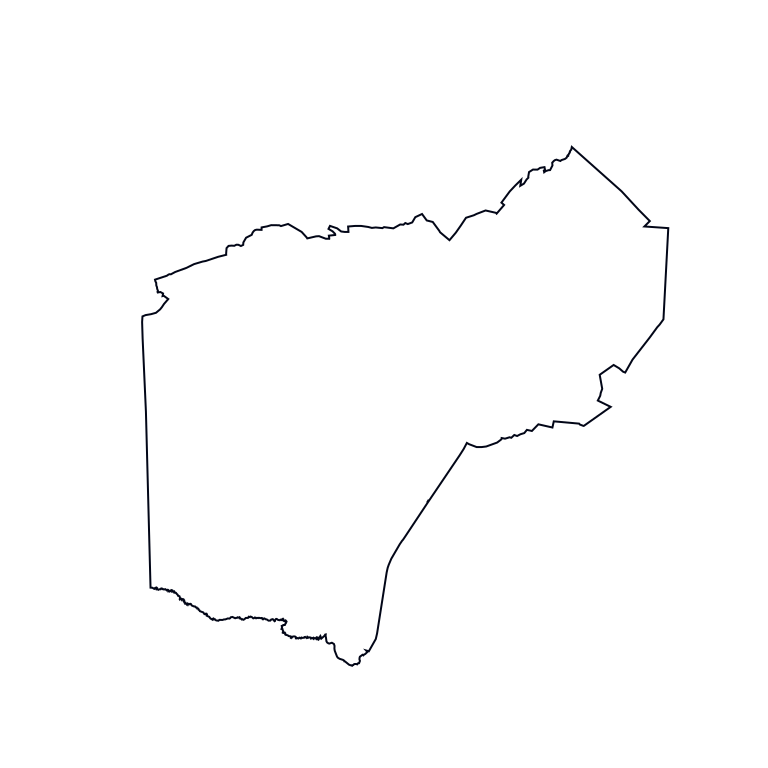 Ādažu pag., Ādaži, Latvia (Albers equal-area conic projection), rotated 196°
{"feature_id": "27541924B55238306547203", "entity_name": "Ādažu pag.", "entity_type": "district", "adm_level": 2, "iso_a3": "LVA", "parent_name": "Latvia", "parent_adm1": "Ādaži", "projection": "albers", "projection_center": [24.403, 57.108], "detail": "fine", "context": "isolated", "style": "outline", "palette": "ink", "viewbox_px": 768, "rotation_deg": 196, "n_neighbors": 0, "source": "geoboundaries", "source_scale": "gbopen_adm2", "svg_char_len": 6142}
<svg xmlns="http://www.w3.org/2000/svg" viewBox="0 0 768 768"><g transform="rotate(196 384 384)"><path d="M634.8,382.4L633.6,376.9L628.6,361.3L605.2,291.7L552.3,123.9L550.5,124.3L548.3,123.7L547.8,124.0L547.8,124.9L546.6,125.7L545.9,125.3L546.1,124.4L545.9,123.9L545.1,124.2L544.1,124.0L543.5,124.7L542.4,125.0L541.8,126.1L541.0,126.2L540.5,125.7L539.9,126.0L538.8,125.8L537.8,126.5L535.6,125.6L535.4,125.7L535.4,126.5L534.8,126.6L534.2,126.3L534.0,125.4L533.4,125.8L533.0,125.4L532.1,126.1L531.7,127.3L530.5,127.3L530.1,126.9L530.1,126.1L528.5,126.9L528.1,126.5L528.4,125.9L528.2,125.6L526.4,125.9L525.4,125.1L524.3,124.6L523.7,123.7L522.1,123.6L520.9,121.9L521.1,120.9L520.8,120.6L520.4,121.3L519.6,121.8L519.0,121.6L518.7,120.9L518.0,121.8L517.5,121.8L517.1,120.9L516.7,121.2L516.4,121.0L516.2,120.5L516.5,119.8L515.9,119.5L515.7,119.0L514.7,119.1L514.6,118.8L514.8,118.4L514.6,118.0L513.8,118.3L513.0,117.8L512.9,118.5L512.6,118.8L511.6,117.8L511.4,118.6L511.1,118.9L510.0,118.7L509.6,119.3L509.0,119.3L507.7,118.1L505.4,117.8L504.4,118.1L503.4,117.4L502.5,117.6L501.7,116.7L501.1,117.0L500.5,116.8L500.0,115.9L499.0,115.6L498.4,114.9L494.7,114.6L493.2,113.3L492.5,113.4L491.9,114.2L491.3,114.3L490.6,113.7L490.6,113.3L490.8,112.9L490.6,112.4L487.8,112.0L486.3,110.8L483.6,110.1L483.5,110.3L483.9,111.1L483.3,111.6L482.8,111.1L481.8,111.3L481.2,110.7L480.0,110.5L477.9,110.8L477.2,111.9L474.1,112.7L473.1,113.5L471.6,114.0L469.5,115.6L467.9,115.9L467.4,116.4L467.0,117.5L465.5,118.3L462.5,117.8L461.6,118.5L460.9,118.6L460.4,119.4L459.2,119.4L458.6,120.0L458.2,119.7L458.0,118.9L456.9,119.0L455.7,118.4L455.2,118.9L454.2,118.6L453.4,119.3L452.4,121.0L450.3,121.6L449.9,123.0L448.7,122.9L448.3,123.6L447.0,123.6L445.1,122.7L444.4,123.1L443.7,124.0L442.4,123.5L441.7,124.2L440.4,124.3L439.8,124.8L438.5,124.8L437.0,125.4L436.4,125.3L435.9,124.4L435.4,124.4L434.7,125.5L434.3,125.7L432.9,125.2L431.9,125.4L429.8,124.7L428.1,125.2L427.5,126.5L426.1,127.3L423.8,125.8L423.5,126.1L423.5,127.6L423.0,128.4L422.4,128.6L420.7,128.0L419.0,128.2L418.6,128.9L416.8,128.8L416.6,129.0L417.0,129.9L416.4,130.5L415.7,130.0L415.3,129.0L414.8,128.6L414.1,128.6L413.4,129.6L412.2,128.8L412.2,128.4L412.6,127.6L412.4,126.9L412.8,126.1L412.9,125.0L414.4,124.6L414.7,123.8L415.6,123.3L414.9,121.8L415.0,120.3L414.0,120.4L413.5,119.4L412.7,118.6L412.6,118.2L412.9,117.5L412.8,117.0L412.2,116.9L410.9,117.7L410.1,117.1L410.0,116.1L409.6,115.8L407.3,115.9L406.2,115.4L404.1,115.7L403.6,115.2L403.6,114.3L403.3,114.2L403.1,114.7L402.6,114.9L402.3,115.9L400.9,116.6L399.6,116.7L398.4,116.1L398.7,115.5L398.6,115.2L397.7,115.4L397.2,115.9L396.1,115.8L395.5,116.8L393.8,116.5L393.5,117.5L392.6,117.4L390.9,118.1L390.7,118.8L390.3,119.0L390.1,118.6L388.8,119.1L388.1,118.5L387.2,119.1L387.4,119.7L386.5,119.4L385.6,120.0L384.5,120.0L384.0,119.2L382.9,120.1L381.8,119.7L381.9,120.3L381.7,120.7L380.6,120.3L380.1,120.4L380.2,120.7L379.2,121.0L379.0,121.9L378.8,122.1L377.7,121.9L378.4,120.7L378.2,120.1L376.9,120.4L376.5,120.2L376.3,120.6L376.7,122.0L375.9,123.3L375.7,124.2L375.3,123.8L375.2,122.4L374.2,121.8L372.0,125.2L371.4,127.0L371.0,127.2L370.7,125.6L370.0,124.5L368.4,120.8L367.5,119.9L366.0,119.4L365.0,119.4L362.8,120.9L360.5,120.3L359.4,118.7L358.7,115.9L357.8,114.0L354.1,109.1L353.0,108.2L350.9,107.6L347.4,107.5L346.1,107.1L345.7,106.5L345.1,106.6L340.1,104.5L337.1,104.4L337.1,104.9L336.1,105.3L335.4,106.6L333.6,107.2L332.5,107.1L331.8,108.6L331.0,108.8L330.8,111.2L331.7,112.5L332.0,113.9L332.0,115.2L330.0,117.8L329.0,117.5L328.7,118.3L327.6,119.3L326.1,121.9L327.7,122.9L324.9,122.9L321.6,136.6L321.9,142.3L329.5,203.6L329.8,208.4L329.6,211.7L328.8,218.1L324.7,234.3L323.4,238.3L322.8,239.5L321.5,243.5L309.0,283.0L309.6,283.0L309.3,284.1L308.7,283.9L291.6,336.4L289.5,343.5L288.1,350.2L285.7,349.6L277.5,348.9L273.0,350.2L268.5,352.1L259.1,358.9L256.3,362.6L255.8,363.7L256.0,364.5L252.6,364.8L248.6,367.4L246.8,367.4L244.7,370.9L241.7,370.7L239.0,373.3L235.6,375.5L234.0,379.3L228.9,379.6L224.5,387.8L210.1,388.6L210.5,394.9L185.5,399.7L184.5,399.0L180.7,398.7L180.3,398.9L159.8,424.5L173.9,427.0L172.9,432.3L173.2,435.2L172.9,439.5L179.2,452.3L168.5,465.6L162.2,463.9L157.5,461.7L155.3,461.5L151.8,476.0L141.4,501.9L137.0,513.9L135.4,517.1L133.2,523.2L153.7,612.2L177.1,607.2L173.4,613.9L187.3,621.7L208.7,634.7L268.8,663.6L268.6,660.8L269.3,659.5L269.2,658.4L269.4,658.3L269.4,656.9L269.7,656.4L269.8,655.0L270.0,654.7L270.1,655.0L270.5,654.3L270.0,653.8L270.7,653.1L270.8,652.0L271.4,651.1L272.1,650.2L275.2,648.1L275.9,647.0L280.0,647.2L281.3,646.4L282.2,645.3L283.3,643.1L282.3,640.5L283.3,635.4L284.8,634.9L287.3,633.2L288.4,631.7L289.2,633.2L288.3,634.4L289.5,636.7L293.5,634.8L295.5,632.4L299.9,631.2L303.0,627.7L302.5,623.2L302.1,622.1L303.3,619.9L304.7,615.2L307.6,612.1L308.4,618.2L312.5,611.0L316.2,603.8L321.1,590.7L317.9,589.2L322.7,578.8L323.6,579.4L334.2,578.8L341.9,573.0L344.1,571.0L351.0,566.4L353.8,557.6L356.7,549.2L360.7,540.3L371.9,545.3L373.1,546.5L381.8,553.2L388.0,553.0L394.3,557.9L399.9,553.0L401.4,547.1L405.2,544.3L407.9,544.6L409.2,542.5L412.4,541.8L417.9,536.2L427.2,534.8L428.5,533.4L435.1,532.2L438.7,530.7L442.5,530.6L449.8,529.6L455.3,528.0L461.9,525.5L460.1,520.4L463.4,519.4L467.2,518.8L471.9,520.7L479.5,521.1L480.1,517.8L475.5,516.6L472.7,515.0L472.2,514.5L472.0,513.8L477.9,511.4L476.8,509.1L476.7,508.5L480.0,507.6L487.2,508.2L490.0,507.2L497.9,502.8L498.8,503.6L505.1,507.5L520.3,511.4L526.6,507.4L528.5,507.7L536.2,505.6L539.8,503.3L544.8,500.8L544.2,498.4L548.8,497.3L550.3,496.5L551.3,495.2L552.0,493.4L552.3,490.9L556.9,486.6L558.2,481.3L557.7,478.9L559.6,477.2L562.3,477.7L564.3,477.2L566.0,475.6L568.7,475.0L571.5,473.9L572.8,471.2L571.6,465.4L571.3,464.7L578.4,460.6L589.3,453.1L592.1,451.7L599.6,446.9L606.0,441.1L615.5,434.2L619.1,430.7L620.5,430.4L621.3,429.8L622.6,428.2L632.9,421.2L632.0,419.6L630.9,418.5L630.0,415.9L628.9,414.5L628.3,413.0L627.0,411.3L626.8,410.6L627.1,410.1L626.7,409.6L624.3,410.8L621.3,410.1L621.1,407.5L620.1,408.1L614.8,406.2L617.5,400.4L618.7,396.6L619.8,394.0L622.8,389.6L627.2,386.9L632.2,384.5L634.8,382.4Z" fill="none" stroke="#020617" stroke-width="2"/></g></svg>